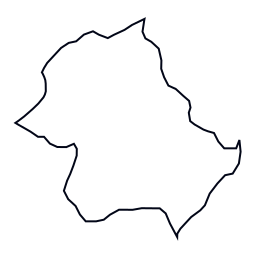 outline of Yonggwang, Hamgyŏng-namdo, North Korea
{"feature_id": "82179303B97977133847329", "entity_name": "Yonggwang", "entity_type": "district", "adm_level": 2, "iso_a3": "PRK", "parent_name": "North Korea", "parent_adm1": "Hamgyŏng-namdo", "projection": "equal_earth", "projection_center": [127.345, 40.075], "detail": "fine", "context": "isolated", "style": "outline", "palette": "ink", "viewbox_px": 256, "rotation_deg": 0, "n_neighbors": 0, "source": "geoboundaries", "source_scale": "gbopen_adm2", "svg_char_len": 1168}
<svg xmlns="http://www.w3.org/2000/svg" viewBox="0 0 256 256"><path d="M239.4,140.0L236.2,148.3L224.2,148.3L218.3,141.5L214.0,133.0L208.0,131.3L203.5,129.6L194.6,124.5L190.2,121.1L188.8,112.7L190.5,107.6L189.1,100.9L183.2,95.8L175.8,89.0L168.4,85.6L164.1,77.2L161.2,68.8L161.4,60.4L158.7,48.6L151.3,41.8L145.4,38.4L142.5,31.7L144.3,19.9L144.5,18.9L132.1,24.9L124.5,29.9L113.9,34.8L107.8,38.1L98.9,34.7L93.0,31.3L83.9,34.6L76.2,41.3L68.7,42.9L61.1,47.9L53.4,56.2L47.2,62.9L44.1,67.9L41.9,72.4L42.6,73.5L44.3,77.2L45.3,80.2L45.7,83.6L45.8,91.3L44.9,94.5L43.5,97.3L38.4,103.5L32.8,108.9L24.1,116.5L17.9,121.2L15.4,122.9L18.7,124.9L24.7,128.3L30.6,131.7L38.0,136.8L44.0,136.8L49.9,143.6L57.3,147.0L66.3,147.1L73.9,143.8L76.8,148.8L76.7,155.6L73.4,165.6L70.2,174.0L67.1,180.7L63.9,190.8L68.2,199.2L75.6,206.0L79.9,214.5L85.7,221.3L96.3,221.3L103.8,219.7L110.0,214.7L119.1,209.7L132.6,209.8L141.7,208.2L152.2,208.3L159.7,208.3L165.7,213.4L170.0,223.6L177.2,237.1L177.3,233.7L180.4,228.7L185.0,223.7L191.2,217.0L200.3,210.3L204.9,205.3L209.7,193.6L217.4,183.5L225.1,175.2L232.7,173.6L238.9,163.5L240.6,151.7L239.4,140.0Z" fill="none" stroke="#020617" stroke-width="2"/></svg>